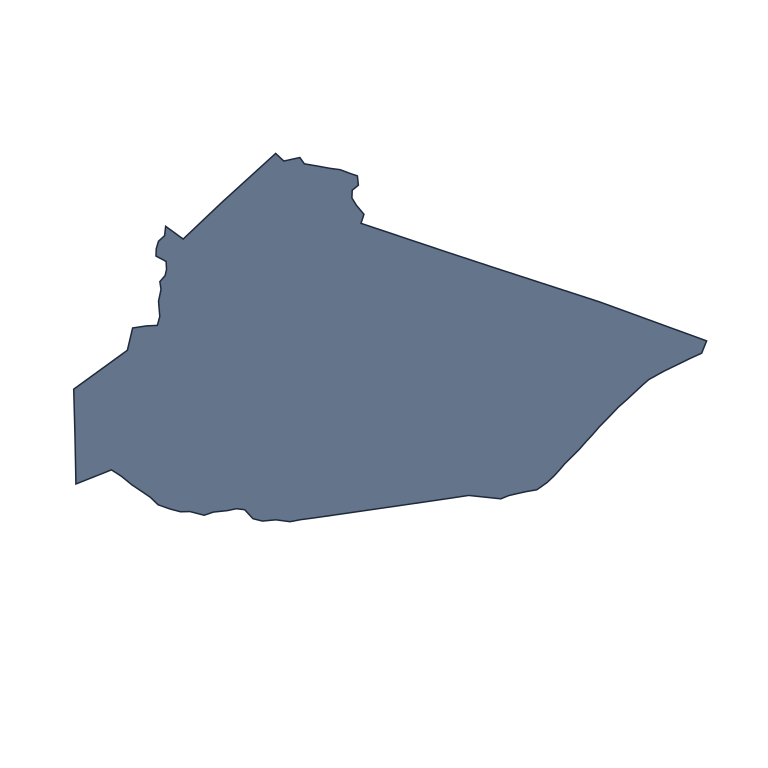 the district of Nova Olinda, Ceará, Brazil, rotated 288°
{"feature_id": "56859067B48732903430500", "entity_name": "Nova Olinda", "entity_type": "district", "adm_level": 2, "iso_a3": "BRA", "parent_name": "Brazil", "parent_adm1": "Ceará", "projection": "equal_earth", "projection_center": [-39.668, -7.106], "detail": "fine", "context": "isolated", "style": "filled", "palette": "slate", "viewbox_px": 768, "rotation_deg": 288, "n_neighbors": 0, "source": "geoboundaries", "source_scale": "gbopen_adm2", "svg_char_len": 1262}
<svg xmlns="http://www.w3.org/2000/svg" viewBox="0 0 768 768"><g transform="rotate(288 384 384)"><path d="M218.1,151.3L215.1,162.7L210.1,175.6L206.5,188.4L204.0,196.9L199.3,206.5L199.0,219.3L199.6,230.0L202.7,238.8L203.6,253.5L209.5,261.4L215.1,274.0L219.7,282.0L221.4,290.3L215.4,301.0L216.1,310.8L221.4,323.1L224.0,337.2L229.2,346.6L234.5,357.8L245.6,380.4L286.1,462.6L295.4,481.4L304.2,499.0L310.9,530.6L316.4,537.1L320.7,544.2L325.6,552.5L330.6,562.0L340.5,569.4L349.6,574.4L357.5,577.9L364.1,580.6L371.8,584.6L381.9,589.8L391.5,593.9L400.0,597.9L409.6,601.9L417.4,605.8L423.7,608.9L434.6,614.1L442.8,619.0L463.8,630.7L470.1,634.5L476.4,640.4L482.5,646.1L488.1,651.9L502.6,666.9L511.5,676.6L524.7,677.5L528.7,563.7L528.7,461.0L528.7,448.9L528.9,401.1L529.7,312.5L539.2,312.5L545.3,302.7L551.0,296.0L558.5,293.9L565.2,298.2L573.7,294.4L573.8,286.0L574.3,276.1L572.4,265.9L570.7,253.2L568.8,240.2L573.4,234.0L565.1,219.8L569.8,209.7L506.2,173.4L459.8,148.2L466.5,127.6L457.3,129.5L450.1,125.4L442.1,125.6L435.2,127.6L433.2,138.9L425.7,141.8L419.5,142.3L412.1,139.2L405.0,142.7L393.0,144.0L378.9,149.9L369.7,150.3L365.9,140.2L359.6,127.6L336.8,129.5L283.2,90.5L238.4,106.4L193.7,121.9L218.1,151.3Z" fill="#64748b" stroke="#1e293b" stroke-width="1.5"/></g></svg>